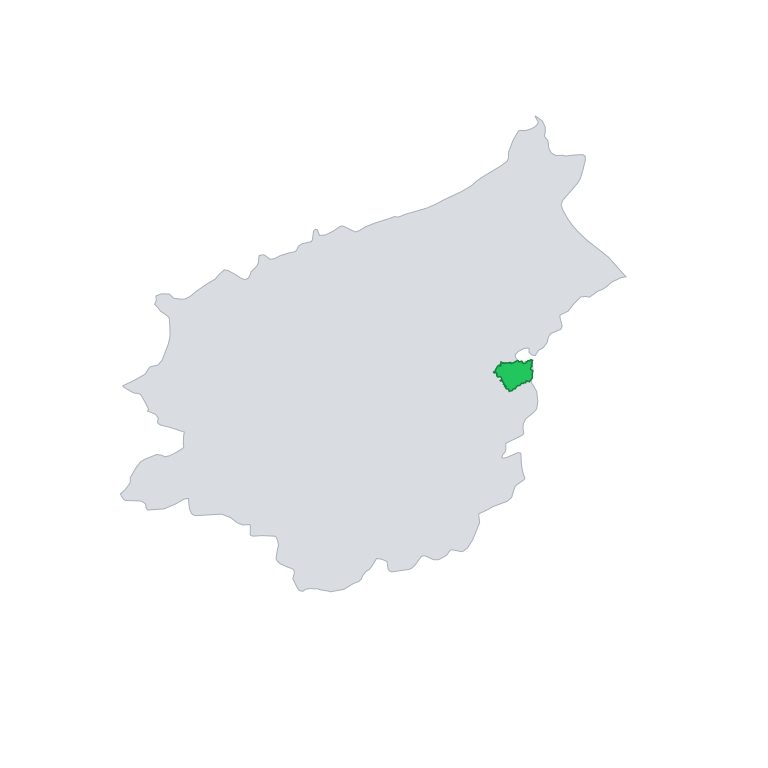 Ashmyany, Grodno, Belarus shown in context, rotated 152°
{"feature_id": "67162791B18933715013959", "entity_name": "Ashmyany", "entity_type": "district", "adm_level": 2, "iso_a3": "BLR", "parent_name": "Belarus", "parent_adm1": "Grodno", "projection": "robinson", "projection_center": [25.945, 54.359], "detail": "fine", "context": "in_parent", "style": "filled", "palette": "green", "viewbox_px": 768, "rotation_deg": 152, "n_neighbors": 0, "source": "geoboundaries", "source_scale": "gbopen_adm2", "svg_char_len": 6015}
<svg xmlns="http://www.w3.org/2000/svg" viewBox="0 0 768 768"><g transform="rotate(152 384 384)"><path d="M615.5,505.1L604.1,504.5L590.4,504.8L582.9,509.0L574.5,506.9L568.6,509.3L555.4,520.8L550.3,526.9L545.5,536.5L542.6,543.5L544.5,548.5L547.1,553.1L547.8,558.0L549.2,561.9L545.9,564.7L544.0,568.8L538.3,568.1L531.2,564.2L529.5,558.5L524.0,554.6L520.4,552.6L514.5,552.3L505.2,554.1L493.0,555.5L483.8,555.9L478.8,557.9L471.4,559.8L468.5,557.5L464.2,551.1L460.7,544.7L458.3,541.9L456.3,541.2L453.8,541.3L450.9,543.3L448.8,545.4L441.1,547.8L437.8,550.1L434.1,556.0L431.6,555.5L429.1,554.2L426.0,547.6L421.9,546.1L415.5,546.0L407.4,544.6L400.9,542.7L398.5,543.1L394.7,545.9L390.5,546.3L381.3,543.8L379.5,545.0L374.3,552.2L371.8,552.6L370.4,551.6L371.1,545.4L365.7,543.1L356.7,542.8L350.4,543.7L347.3,543.5L345.7,542.2L337.9,531.7L333.8,531.0L326.5,531.5L315.7,530.3L303.3,527.9L296.4,527.0L292.9,524.6L285.2,523.8L264.6,519.4L256.2,518.6L243.8,518.5L225.0,517.5L212.9,518.1L207.3,519.6L200.9,520.5L178.5,521.7L170.5,522.9L168.1,525.1L165.5,529.9L156.1,538.3L147.1,543.9L145.5,544.4L140.3,541.4L135.9,540.4L130.8,540.1L127.1,541.1L124.8,542.5L125.0,548.9L124.5,549.5L120.7,541.8L121.1,534.9L123.3,530.9L126.1,527.3L125.0,521.9L127.8,514.8L127.9,509.7L126.8,507.5L124.7,504.9L118.9,502.1L116.4,499.9L108.6,496.9L100.8,493.2L99.5,490.9L99.9,489.4L101.3,487.0L107.4,480.1L114.0,473.4L118.1,470.7L140.1,462.2L143.5,459.2L144.4,454.1L144.2,443.8L143.0,434.5L141.4,428.0L137.4,415.9L126.4,390.9L120.0,365.0L124.4,366.5L134.7,367.1L143.0,365.3L147.2,365.0L151.0,365.6L161.9,364.2L164.5,366.5L169.3,368.5L178.9,365.6L187.3,361.9L196.1,362.3L197.3,360.5L199.6,351.3L202.2,349.3L212.6,350.2L216.5,348.6L220.5,344.0L226.7,341.2L231.8,341.2L237.2,338.1L239.8,340.2L241.1,344.0L239.3,347.0L240.1,348.2L243.8,349.7L250.1,349.7L254.2,348.4L255.2,346.7L255.2,343.5L254.2,340.6L251.5,338.0L246.4,336.7L242.9,336.7L242.3,335.1L243.5,331.6L246.6,325.3L250.5,319.5L252.8,317.4L253.2,315.4L252.8,311.9L252.7,305.7L256.1,296.9L260.8,290.3L266.9,288.2L274.5,287.0L279.3,283.9L281.7,280.4L283.7,274.9L286.1,273.8L304.3,274.5L307.1,269.0L308.6,267.5L312.1,265.9L314.5,263.9L313.6,262.4L308.9,261.4L298.0,260.6L295.8,258.8L296.5,256.6L299.4,250.9L302.1,243.7L303.5,238.0L303.7,234.7L305.2,233.8L314.1,232.7L317.0,231.6L324.6,223.9L330.4,222.6L345.4,224.6L352.3,224.4L361.0,224.9L361.7,224.2L364.7,216.6L379.4,204.4L387.2,200.1L392.2,199.2L394.0,199.4L402.0,205.9L403.9,206.1L409.1,203.4L418.2,203.2L422.5,205.4L428.7,213.3L431.9,214.3L440.7,209.9L445.6,208.4L448.8,208.5L465.7,214.6L467.0,216.5L467.2,218.8L464.7,226.0L468.3,230.4L472.4,233.4L480.9,228.5L484.1,227.1L487.6,227.0L492.2,225.2L495.5,222.5L498.7,221.5L504.8,222.2L516.0,221.5L529.1,225.8L530.2,227.2L536.9,232.2L539.3,234.8L541.4,235.6L545.0,238.0L549.7,239.6L552.9,239.1L554.4,240.0L555.9,241.9L556.2,245.2L556.0,254.7L551.5,259.7L551.0,261.4L551.3,263.5L555.1,267.6L560.1,274.0L561.3,277.7L561.4,280.4L555.2,288.7L553.1,290.6L551.7,294.8L551.0,299.0L551.5,300.7L562.6,307.3L570.8,311.0L572.7,312.7L572.9,313.8L568.8,321.0L568.5,322.9L575.0,325.9L578.8,330.5L582.2,338.1L588.6,345.4L612.0,356.1L614.0,358.0L614.8,360.3L614.3,365.3L610.4,374.8L614.4,376.2L624.5,375.9L636.9,377.0L652.0,383.8L652.2,386.8L650.8,389.5L651.9,392.4L653.6,394.9L666.8,402.4L668.1,404.6L668.5,408.3L668.2,410.9L664.7,411.5L660.8,412.8L654.4,416.0L652.0,420.5L641.8,426.8L635.4,429.6L630.3,429.8L618.0,428.5L613.6,425.4L611.7,422.5L606.9,421.3L600.6,421.1L592.0,421.6L590.3,422.5L589.0,426.0L585.5,431.9L582.9,435.3L594.3,447.1L600.0,452.0L601.9,454.9L601.9,457.0L599.3,459.5L599.9,464.5L605.5,471.2L603.7,472.2L603.5,480.3L603.8,489.0L605.3,491.1L608.3,492.8L610.8,496.0L615.2,503.2L615.5,505.1Z" fill="#d9dde1" stroke="#a8b0b8" stroke-width="1"/><path d="M254.5,317.7L253.2,318.4L251.2,319.3L250.2,319.9L249.6,320.7L249.3,321.5L248.9,322.3L248.6,323.1L247.7,324.3L246.9,325.1L246.4,325.6L246.7,326.3L246.9,326.7L247.2,327.3L247.7,328.2L246.7,329.6L245.7,330.0L244.9,330.2L244.8,331.1L245.0,331.9L244.4,332.2L243.5,332.6L243.4,333.5L243.3,334.0L242.3,334.6L241.8,335.0L242.7,335.5L242.4,336.2L243.0,336.5L244.9,336.2L245.5,336.7L245.9,337.1L246.8,336.6L247.9,336.8L248.2,336.0L249.4,335.9L250.4,336.2L251.3,336.7L251.5,337.4L251.8,337.8L251.5,338.9L251.6,339.5L252.6,339.8L254.0,339.8L254.4,340.2L254.4,340.5L254.5,341.5L255.1,342.0L255.6,342.1L258.2,342.0L260.3,342.1L261.9,342.2L261.9,343.0L262.0,343.6L262.6,343.8L263.4,343.6L263.7,344.0L264.1,344.5L265.0,344.5L265.5,344.6L266.0,344.9L266.3,345.5L267.2,345.6L267.8,345.6L268.2,345.9L268.2,346.5L268.8,346.5L269.3,346.5L269.4,346.9L269.6,347.3L269.9,348.0L270.3,348.4L270.4,348.1L271.1,347.7L271.7,347.1L271.9,346.7L271.9,346.3L272.1,345.8L272.1,345.5L272.6,345.3L273.0,345.3L273.3,345.6L273.4,346.1L273.6,346.6L274.4,346.6L275.3,346.3L275.8,346.1L277.0,345.3L278.6,344.4L279.2,343.8L279.5,343.4L280.1,343.1L281.0,343.2L281.7,343.1L281.7,342.7L281.6,342.2L281.4,342.0L280.9,341.8L280.1,341.7L279.6,341.6L279.6,341.0L279.8,340.5L279.7,340.1L279.5,339.8L279.4,339.4L280.1,339.2L280.5,338.6L280.5,337.7L280.5,337.1L279.9,336.6L278.8,336.4L278.0,335.8L277.5,335.1L277.4,334.2L277.5,333.5L277.9,332.9L278.4,332.5L279.0,332.7L279.8,332.5L279.7,332.0L279.1,331.8L278.5,331.9L277.9,331.7L277.8,331.2L277.8,330.7L278.3,330.4L278.1,329.8L277.8,329.2L277.9,328.6L278.2,328.1L278.6,327.7L278.3,327.5L277.8,326.8L277.8,326.6L278.0,326.2L278.4,325.9L278.6,325.5L278.1,325.2L277.5,324.9L277.3,324.3L277.8,324.1L278.4,323.8L278.4,323.0L278.1,322.2L277.3,321.6L276.5,321.1L276.4,320.4L276.7,319.9L276.7,319.3L276.9,318.7L275.4,318.4L274.0,318.0L273.0,318.4L272.2,318.8L271.5,318.9L271.2,318.5L270.4,318.1L269.2,318.9L268.3,319.4L267.3,319.7L266.6,319.7L265.6,319.3L264.8,319.0L264.3,319.0L263.7,319.4L263.2,319.7L262.4,319.9L261.7,320.1L261.4,319.7L261.0,319.1L260.5,319.2L259.5,319.4L259.0,318.9L258.3,318.6L257.5,319.4L257.2,319.9L256.5,319.9L256.1,319.5L256.0,319.1L255.8,318.7L255.0,318.4L254.5,317.7Z" fill="#22c55e" stroke="#15803d" stroke-width="1.5"/></g></svg>